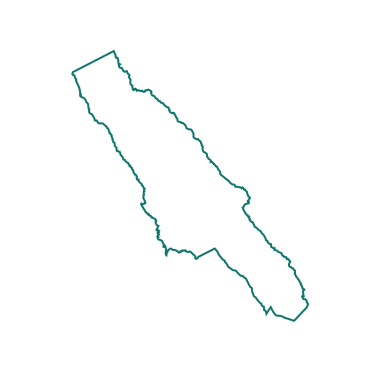 Paclin, Catamarca, Argentina, rotated 153°
{"feature_id": "61730980B62302984984112", "entity_name": "Paclin", "entity_type": "district", "adm_level": 2, "iso_a3": "ARG", "parent_name": "Argentina", "parent_adm1": "Catamarca", "projection": "mercator", "projection_center": [-65.679, -28.096], "detail": "fine", "context": "isolated", "style": "outline", "palette": "teal", "viewbox_px": 384, "rotation_deg": 153, "n_neighbors": 0, "source": "geoboundaries", "source_scale": "gbopen_adm2", "svg_char_len": 6082}
<svg xmlns="http://www.w3.org/2000/svg" viewBox="0 0 384 384"><g transform="rotate(153 192 192)"><path d="M243.5,147.3L242.4,148.9L239.8,150.8L237.7,151.4L236.6,151.3L236.2,150.9L235.7,149.4L233.6,148.1L232.1,146.4L231.1,143.9L229.4,143.7L229.0,144.5L228.1,144.0L227.2,144.4L226.9,143.8L225.4,143.5L224.7,142.5L224.2,142.7L223.8,141.4L223.2,140.6L222.3,140.2L221.0,140.1L220.3,139.1L218.4,133.4L218.4,132.8L219.2,131.5L218.4,130.4L217.0,130.6L216.2,131.2L215.6,131.3L197.4,131.3L196.4,127.2L196.6,124.9L196.2,121.8L195.2,117.8L194.0,115.9L194.5,114.8L194.0,113.6L193.6,111.3L193.8,109.2L191.1,103.9L188.5,101.8L188.0,99.1L186.7,95.4L184.9,94.2L184.6,92.5L183.8,91.5L183.2,90.0L183.3,81.1L182.3,79.4L183.7,75.5L184.1,70.9L183.1,69.3L183.0,67.5L181.9,62.6L180.9,61.1L181.3,59.8L181.1,58.5L180.1,57.0L181.3,53.9L180.5,52.8L180.4,51.6L181.0,49.7L174.1,53.7L174.1,48.7L173.4,44.5L172.1,43.0L170.0,41.9L167.7,39.7L166.9,38.3L159.5,30.9L142.1,37.1L139.4,39.4L139.8,41.9L139.2,42.9L139.4,44.0L140.1,45.3L141.3,45.9L141.2,47.9L141.5,48.7L141.0,49.1L139.8,48.5L139.3,50.3L137.9,53.5L137.3,54.0L136.3,53.8L136.2,54.1L136.8,55.5L137.3,55.9L136.7,58.4L137.1,60.0L137.0,60.6L136.4,61.0L136.9,63.7L136.7,64.3L137.2,66.5L137.0,67.1L137.6,69.3L137.4,71.4L137.7,72.0L136.1,74.6L136.0,75.5L136.5,76.1L136.6,78.0L137.6,78.9L137.7,79.8L138.9,81.2L139.0,82.7L137.9,84.2L136.4,85.0L136.0,85.7L136.6,87.0L136.5,87.7L136.8,88.0L136.7,88.5L137.1,89.0L137.9,89.2L137.7,89.7L137.9,91.3L138.4,91.4L138.6,92.0L139.6,92.6L139.6,93.8L140.3,94.3L140.1,97.0L142.0,99.1L143.0,101.2L144.2,102.6L144.4,103.0L144.1,104.0L144.5,103.8L144.3,104.3L146.1,106.7L146.3,107.4L145.3,109.4L145.5,110.0L146.6,110.7L147.4,113.1L147.0,114.1L147.9,115.5L147.5,117.6L147.7,121.1L148.7,124.1L148.4,124.7L148.7,126.1L149.8,127.7L150.8,131.0L152.0,132.7L151.6,134.7L151.8,136.1L151.5,137.3L152.5,138.1L152.7,139.2L153.1,139.6L153.1,140.3L153.4,141.2L152.5,141.9L153.0,143.5L152.5,144.0L152.9,144.1L153.2,144.7L152.9,145.9L153.6,146.4L153.6,147.2L154.1,148.4L153.9,149.2L154.3,153.1L153.9,153.8L154.0,155.0L153.2,155.2L150.9,156.8L148.1,156.8L147.6,156.3L146.6,156.2L145.9,157.1L146.4,157.8L146.2,158.9L144.6,159.2L144.2,159.8L143.2,160.2L143.0,161.2L143.7,162.1L143.7,163.2L143.4,166.1L143.0,166.7L143.1,168.0L143.8,169.3L143.8,170.5L144.6,170.8L144.8,173.0L146.2,172.8L146.4,173.9L148.2,175.1L149.1,176.1L150.6,176.7L151.0,177.5L150.8,178.2L151.0,179.4L152.6,180.5L153.7,182.5L154.1,184.7L155.3,187.6L156.1,188.5L156.2,189.4L158.4,194.1L158.6,195.8L158.0,196.3L157.8,197.5L158.3,200.3L158.3,203.4L159.1,204.1L159.1,205.2L159.8,206.7L159.6,207.1L160.1,207.6L160.2,209.2L160.8,210.1L161.7,210.2L161.0,211.1L161.1,212.3L162.1,213.9L162.4,216.7L161.5,219.3L162.1,220.8L163.3,222.2L163.5,223.9L163.0,225.8L161.8,227.4L161.9,228.4L162.3,228.9L161.6,230.1L161.9,231.3L161.4,233.0L162.2,234.5L162.6,236.4L163.7,236.6L164.4,237.8L165.1,238.3L165.7,239.9L165.5,240.8L164.2,243.1L164.2,247.2L164.5,248.2L166.3,249.3L167.9,251.1L167.6,254.9L168.0,255.3L168.3,256.5L169.0,257.9L169.9,258.1L170.0,258.9L172.4,261.2L172.5,262.3L171.7,264.2L172.1,264.8L172.3,266.2L172.0,267.2L172.3,268.9L172.1,269.2L172.3,269.5L172.2,270.6L172.5,271.0L173.6,271.1L175.2,272.9L175.3,274.9L174.7,275.2L174.9,275.7L174.6,278.0L175.7,278.9L176.2,279.8L177.2,281.7L177.1,282.5L177.8,284.7L179.1,285.7L179.4,287.5L180.5,288.2L180.7,290.5L181.4,291.2L181.9,292.7L181.9,294.0L182.3,294.4L182.3,295.1L183.7,296.2L183.5,299.0L182.7,299.5L182.7,300.7L184.4,303.0L186.7,303.6L187.1,303.3L187.8,303.5L188.1,302.9L189.7,303.2L190.6,305.0L191.5,304.9L193.9,307.4L195.1,307.2L195.4,309.7L196.6,309.8L197.0,309.3L197.5,309.3L197.8,309.4L198.3,310.4L197.6,311.3L197.6,312.6L196.8,313.8L197.6,315.1L197.8,316.2L196.7,318.7L195.9,319.7L196.0,323.4L194.8,324.1L194.6,325.0L195.4,326.4L195.3,329.3L197.4,329.7L197.8,330.1L198.2,331.4L198.2,334.4L199.6,335.2L200.1,337.0L199.6,338.2L198.2,338.5L199.2,339.7L197.7,343.4L197.4,345.4L198.5,345.8L198.7,347.2L198.1,348.1L197.7,353.1L243.7,352.9L245.1,351.4L244.9,350.4L243.9,349.4L244.4,345.7L244.0,345.0L244.7,344.2L244.8,343.5L245.2,335.4L245.6,334.9L246.0,332.5L246.8,330.9L246.6,329.9L246.9,329.2L247.3,329.5L247.8,329.2L248.0,327.9L246.4,325.5L245.9,325.2L245.1,323.0L245.2,319.6L244.6,317.6L246.1,313.9L245.9,312.6L246.5,312.2L246.5,311.2L247.3,310.2L247.4,309.1L247.2,308.3L245.9,306.8L245.5,302.2L246.1,299.9L245.6,299.4L244.8,299.3L244.4,298.4L244.2,295.8L242.6,294.7L241.5,294.4L240.0,293.1L239.5,291.1L238.4,289.3L238.7,288.4L238.5,287.4L237.9,286.6L238.3,284.0L238.2,282.8L238.3,282.2L238.8,282.0L238.0,280.3L237.8,279.0L238.4,278.6L238.5,275.6L239.1,275.0L239.0,273.2L239.5,272.1L238.7,271.1L239.8,268.0L239.2,265.5L240.1,263.8L240.3,262.6L239.7,262.5L238.9,261.0L238.3,260.7L238.5,260.4L238.2,259.1L238.9,257.3L238.4,256.5L238.0,253.3L238.5,252.1L237.3,251.0L237.1,249.3L236.5,247.7L235.8,247.1L235.6,246.1L236.0,245.1L235.5,244.5L235.8,243.4L235.2,243.4L235.1,241.7L234.7,240.9L235.2,239.5L234.6,238.9L234.8,236.9L235.3,235.9L234.9,234.5L235.1,233.6L234.4,233.2L234.2,232.6L234.1,230.6L234.8,230.3L234.9,228.9L235.2,228.3L235.2,227.9L233.9,227.3L234.6,225.7L233.2,221.6L233.6,220.8L233.0,219.1L233.3,217.1L232.7,216.5L233.6,216.0L234.0,214.4L234.6,214.5L235.0,214.1L236.0,211.5L236.7,211.3L236.8,210.5L238.1,208.9L238.1,205.2L238.6,204.5L238.5,203.7L239.2,203.6L239.2,203.3L241.1,203.4L242.2,204.0L242.4,204.6L243.0,204.0L242.6,199.5L242.8,199.2L242.4,197.6L242.5,195.7L242.0,195.2L242.1,194.6L241.7,193.0L241.0,192.8L241.1,191.5L240.6,191.6L240.3,190.0L239.2,188.7L239.1,188.4L239.7,187.7L237.0,184.7L237.2,183.9L236.9,182.5L237.1,182.2L237.8,182.2L238.4,181.2L238.5,179.0L238.3,178.2L237.3,177.1L240.8,174.4L240.3,173.9L239.8,174.1L239.5,173.7L239.6,173.1L239.2,172.5L240.5,172.4L240.8,171.7L239.9,171.0L240.4,170.3L241.2,170.5L241.0,168.9L241.9,169.0L242.3,168.4L243.2,167.9L242.6,167.0L243.3,166.8L243.5,165.0L241.7,163.3L240.8,161.8L241.1,160.9L240.9,158.0L242.2,156.5L242.3,156.0L241.4,155.5L240.5,155.8L241.3,152.1L242.0,151.4L243.0,149.7L243.8,148.1L243.5,147.3Z" fill="none" stroke="#0f766e" stroke-width="2"/></g></svg>